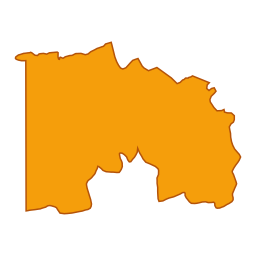 Lukula, Bas-Congo, Democratic Republic of the Congo
{"feature_id": "63176286B65126745094635", "entity_name": "Lukula", "entity_type": "district", "adm_level": 2, "iso_a3": "COD", "parent_name": "Democratic Republic of the Congo", "parent_adm1": "Bas-Congo", "projection": "albers", "projection_center": [12.873, -5.386], "detail": "fine", "context": "isolated", "style": "filled", "palette": "amber", "viewbox_px": 256, "rotation_deg": 0, "n_neighbors": 0, "source": "geoboundaries", "source_scale": "gbopen_adm2", "svg_char_len": 3201}
<svg xmlns="http://www.w3.org/2000/svg" viewBox="0 0 256 256"><path d="M224.0,109.5L221.6,110.6L217.0,110.8L213.9,107.5L210.3,102.0L209.9,99.6L211.2,96.3L214.4,93.2L216.0,91.2L214.2,87.8L211.5,88.5L209.0,90.5L206.7,88.5L207.2,84.9L209.3,82.7L192.5,75.9L192.3,76.0L190.9,76.9L189.9,77.2L188.9,77.4L188.1,78.1L187.8,78.1L185.5,78.1L184.9,78.7L183.9,79.6L183.1,79.8L182.8,79.9L182.2,80.4L180.2,82.4L177.1,83.6L171.3,77.9L167.0,74.8L156.9,67.5L148.5,70.7L146.3,69.4L145.2,68.7L144.2,68.2L143.6,67.5L142.3,66.3L139.6,61.4L138.0,58.5L135.0,59.5L132.7,60.4L130.2,63.0L128.0,65.5L125.9,67.8L122.8,69.0L120.5,68.0L118.5,65.2L116.7,61.8L114.9,57.1L114.5,55.5L112.7,48.2L112.0,45.3L111.2,42.3L109.2,42.9L105.5,44.0L104.6,45.1L103.5,46.3L102.1,46.7L98.8,47.9L98.2,48.1L97.2,48.4L94.5,49.9L90.8,51.7L88.5,53.6L88.0,54.0L85.3,54.7L81.0,53.4L78.2,53.5L75.6,53.6L72.1,55.4L70.3,55.5L69.4,55.6L68.8,55.8L65.2,56.8L64.1,57.6L63.0,58.3L60.5,57.2L59.9,57.4L59.7,58.1L59.4,59.3L58.6,59.1L58.0,56.8L58.1,52.7L57.2,52.1L49.4,52.8L46.7,54.1L43.5,53.4L40.3,53.7L39.0,54.0L37.5,55.5L35.6,55.3L34.9,55.2L34.5,54.9L31.8,52.8L31.2,52.5L30.5,52.3L30.3,52.4L30.2,52.5L29.7,52.7L26.9,53.0L25.6,53.2L23.6,53.4L20.5,54.4L18.4,55.0L15.9,56.8L15.4,58.1L16.1,59.2L18.5,60.1L21.4,60.7L24.4,60.7L25.8,60.6L26.1,210.9L28.0,210.6L29.9,210.2L35.1,209.6L38.3,209.1L40.1,208.9L42.3,208.1L45.7,207.1L47.7,205.8L49.8,205.5L51.4,205.8L54.8,206.8L56.5,207.7L57.6,209.6L58.8,211.3L60.0,213.1L64.2,213.7L67.3,213.5L72.0,213.0L73.6,212.7L79.1,211.6L82.4,211.0L85.7,209.9L87.9,209.5L90.2,208.2L91.1,206.4L91.5,204.0L91.2,202.5L90.6,199.5L89.4,195.7L88.6,193.0L87.6,189.8L87.1,188.1L86.5,185.0L86.5,183.6L87.4,181.6L88.2,180.4L89.6,179.4L91.6,177.7L92.9,176.1L94.5,174.3L95.2,173.1L96.1,170.7L97.3,168.4L97.8,166.3L98.9,166.7L101.4,168.7L103.0,170.4L106.1,171.7L111.0,172.1L113.0,172.1L117.0,172.5L119.2,172.4L120.4,170.8L121.4,169.1L122.3,166.6L122.2,164.5L122.2,163.1L121.6,161.2L120.3,158.6L119.8,156.3L119.5,154.7L119.5,153.5L120.1,153.0L122.2,153.2L124.4,154.7L126.6,156.9L127.8,159.9L129.3,161.9L130.8,161.7L132.6,159.3L134.5,157.2L135.9,154.9L137.2,152.3L137.7,148.3L138.9,151.2L139.8,153.2L141.7,156.3L143.1,159.0L145.8,162.2L150.0,163.9L155.3,166.4L158.0,168.7L158.6,170.4L158.5,174.5L157.0,178.0L157.1,180.4L157.1,183.4L157.7,187.5L157.7,191.6L157.8,193.8L158.1,198.8L159.0,201.4L162.9,200.9L166.2,199.2L169.1,198.0L173.7,196.8L176.7,195.5L180.0,194.1L182.6,192.6L184.4,192.5L185.1,193.2L185.1,195.6L186.3,197.9L187.6,199.5L189.4,201.8L191.3,203.3L194.6,203.5L196.6,203.3L199.1,202.8L202.2,202.0L205.7,201.8L208.2,202.6L211.2,202.5L213.7,202.2L214.7,203.2L214.9,205.7L216.1,207.8L217.3,208.2L219.8,208.0L221.7,207.2L223.7,206.5L227.1,204.4L229.0,203.5L231.9,201.6L233.1,199.8L233.1,197.8L232.5,195.5L232.5,193.6L234.9,187.8L235.8,185.9L236.6,183.8L236.1,181.9L234.9,178.5L233.4,174.3L232.5,172.8L232.2,171.2L233.9,167.9L235.6,165.3L238.0,162.1L239.2,160.2L240.6,157.0L239.2,154.3L237.5,152.4L234.6,149.0L232.7,145.2L231.5,141.6L230.7,137.3L230.5,133.3L229.8,130.0L229.3,126.9L231.0,123.9L233.4,122.1L234.3,119.7L234.3,115.7L231.4,113.0L227.9,112.9L227.4,112.9L224.5,112.1L224.0,109.5Z" fill="#f59e0b" stroke="#b45309" stroke-width="1.5"/></svg>